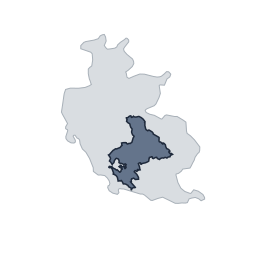 location of Bern within Switzerland, rotated 246°
{"feature_id": "CHE-3424", "entity_name": "Bern", "entity_type": "Canton", "adm_level": 1, "iso_a3": "CHE", "parent_name": "Switzerland", "parent_adm1": "", "projection": "mercator", "projection_center": [7.53, 46.838], "detail": "fine", "context": "in_parent", "style": "filled", "palette": "slate", "viewbox_px": 256, "rotation_deg": 246, "n_neighbors": 0, "source": "natural_earth", "source_scale": "10m", "svg_char_len": 7704}
<svg xmlns="http://www.w3.org/2000/svg" viewBox="0 0 256 256"><g transform="rotate(246 128 128)"><path d="M184.3,83.0L185.6,83.9L188.6,86.7L187.9,91.4L184.4,99.1L182.5,105.3L182.3,110.0L182.7,112.3L183.3,112.2L186.7,112.6L188.4,112.6L193.7,113.8L198.0,115.7L198.9,117.7L199.4,120.1L204.5,123.4L210.4,125.5L212.4,124.8L219.6,117.1L222.5,118.4L224.2,122.5L224.1,124.7L222.1,132.8L221.7,137.2L223.5,140.1L223.6,142.3L223.1,144.4L220.2,144.5L216.3,143.4L213.0,139.9L210.6,140.3L208.4,141.2L207.3,144.6L206.3,148.5L206.6,150.7L208.2,152.4L209.4,156.0L210.2,160.7L210.9,162.8L210.2,163.7L208.1,164.4L206.4,163.7L203.5,158.2L202.1,156.1L199.7,155.7L195.6,157.0L189.2,160.2L186.6,160.2L184.5,159.5L182.4,156.9L180.7,151.8L180.1,148.6L178.9,148.7L174.8,147.7L172.9,149.0L172.9,154.2L172.5,160.7L170.5,164.9L164.8,172.1L162.7,175.3L161.9,177.6L161.7,179.5L162.6,182.9L163.8,186.2L162.8,188.0L159.8,189.0L157.7,187.0L156.9,183.5L152.3,178.7L154.4,174.7L154.0,173.7L146.4,171.6L143.1,168.6L138.6,163.3L137.7,161.0L137.9,153.5L137.6,151.7L137.0,150.8L134.8,150.9L131.7,153.5L128.8,157.3L123.0,161.7L122.4,162.6L124.4,166.9L124.3,168.5L119.5,175.3L118.6,177.5L112.6,181.7L109.8,183.3L101.4,180.2L99.1,179.8L95.4,181.9L90.1,183.9L81.5,185.9L78.4,184.4L76.9,183.1L76.2,181.0L74.0,177.4L71.6,175.3L69.9,173.0L67.7,170.4L66.2,168.3L68.2,161.4L66.8,159.0L66.0,155.6L66.4,153.3L65.6,152.7L57.9,151.4L51.5,151.8L46.9,154.1L43.2,157.9L42.7,158.7L43.0,159.4L44.8,162.9L41.7,166.5L36.8,169.4L33.4,169.7L31.9,169.1L31.8,165.2L34.7,163.7L37.2,161.2L38.1,157.6L38.4,155.0L35.7,151.9L36.0,150.1L37.7,146.5L38.7,143.3L40.0,140.5L45.4,136.0L50.7,131.5L51.5,126.7L51.9,120.8L52.7,119.4L59.9,115.9L61.7,114.5L62.6,112.5L68.3,105.9L74.0,99.3L75.1,97.1L76.0,95.8L76.0,94.8L75.3,93.9L72.6,93.4L71.7,91.3L74.7,87.6L78.3,85.3L81.8,85.2L83.3,86.3L83.2,87.5L84.7,88.9L87.4,89.3L90.7,88.8L94.0,87.4L96.1,84.1L97.2,81.6L102.4,78.7L105.9,80.1L115.8,80.5L122.9,79.7L127.4,77.8L133.0,77.8L136.7,78.9L137.3,78.7L138.4,78.5L139.4,77.4L142.9,76.7L143.4,75.8L143.2,74.9L142.6,74.5L138.3,74.9L136.6,74.2L136.2,72.6L137.6,69.9L140.8,67.6L143.5,67.0L145.4,67.7L150.1,71.9L151.3,72.0L151.9,71.2L152.9,70.8L154.5,71.6L156.4,74.2L156.7,74.6L167.2,73.7L169.6,73.7L176.8,78.3L184.3,83.0Z" fill="#d9dde1" stroke="#a8b0b8" stroke-width="1"/><path d="M138.0,130.7L137.7,131.5L137.6,131.8L137.7,132.4L137.8,132.8L138.0,133.3L138.1,133.5L138.1,133.9L138.2,134.1L138.2,134.4L138.2,134.7L138.1,135.3L138.0,135.5L137.7,135.6L137.3,135.6L136.6,135.4L136.3,135.5L136.1,135.7L136.1,136.4L136.3,137.0L136.5,137.8L136.0,137.8L135.2,138.9L134.9,139.4L134.7,139.9L134.5,140.9L134.3,142.2L134.1,142.6L133.9,142.9L133.4,143.3L132.7,143.8L132.3,144.2L130.3,145.3L129.3,145.6L127.1,146.1L126.8,146.1L126.6,146.0L126.4,145.9L126.4,145.7L126.3,145.4L125.2,145.3L124.2,144.8L123.8,144.5L120.1,143.8L119.0,143.9L117.6,144.8L117.4,145.0L117.7,145.6L117.7,145.8L117.7,146.0L117.6,146.3L117.4,146.5L116.3,147.3L114.7,148.4L113.8,148.7L113.4,148.8L112.7,148.8L112.2,148.6L107.0,152.4L106.5,152.5L103.7,151.1L102.8,151.0L102.6,151.1L102.4,151.2L102.3,151.6L102.2,151.8L101.8,152.1L101.6,152.3L100.2,152.7L99.2,153.3L99.5,153.7L100.0,154.0L99.4,154.6L97.9,155.2L97.5,155.3L97.2,155.3L95.8,154.9L94.0,154.9L93.3,155.0L93.2,155.2L92.7,155.7L91.8,156.4L90.1,156.9L89.9,156.8L89.6,156.7L89.6,156.0L89.6,155.6L89.2,155.5L87.8,155.9L87.7,156.0L87.6,156.5L87.3,157.1L85.8,158.0L85.7,156.7L85.8,156.5L86.0,156.1L86.0,155.9L85.9,155.8L85.6,155.6L85.0,155.0L84.6,154.6L85.1,153.1L85.1,152.8L85.0,152.3L84.9,151.9L84.7,151.4L84.8,151.2L85.5,150.7L85.9,150.2L86.1,149.8L86.1,149.4L86.0,148.6L86.0,148.3L86.2,148.1L86.4,147.8L86.7,147.2L86.8,146.7L86.9,146.2L86.9,145.8L86.9,145.3L86.9,145.1L86.8,144.9L86.6,144.5L86.4,144.0L88.1,142.4L89.3,142.3L89.5,142.3L89.7,142.0L89.8,141.5L89.9,140.6L89.7,138.8L90.2,138.2L90.4,138.1L91.0,138.2L91.4,138.4L91.7,138.4L92.1,138.0L92.2,137.8L92.1,137.5L92.3,136.0L92.4,135.6L91.9,135.2L91.7,134.9L91.4,134.9L91.2,134.8L91.1,134.7L90.9,134.4L90.5,134.1L90.3,134.0L89.6,133.7L89.4,133.6L89.3,133.4L89.2,132.9L89.1,132.0L89.1,130.3L89.2,129.3L89.7,127.3L89.7,126.3L89.6,125.7L89.5,125.4L89.5,125.2L89.8,125.0L90.1,125.0L90.2,125.3L90.4,125.4L90.6,125.4L90.9,125.3L91.3,124.9L91.5,124.4L91.3,123.0L87.8,122.7L85.6,122.1L85.2,122.1L84.8,122.1L84.8,121.9L85.1,121.3L85.2,120.9L85.3,120.6L85.2,119.9L85.1,119.5L85.1,119.3L85.0,119.0L84.8,118.6L84.7,118.4L84.8,118.3L85.4,118.1L85.6,117.9L86.1,117.3L86.2,117.1L85.9,116.7L85.8,116.3L85.8,116.2L85.7,116.0L85.3,115.9L82.1,117.2L78.7,117.5L76.9,116.8L77.3,115.7L77.5,115.2L77.8,114.2L77.9,113.9L78.0,113.7L79.0,113.3L79.5,113.0L79.9,112.7L80.0,112.4L80.0,112.0L79.9,111.5L79.8,111.1L80.0,110.8L80.1,110.7L79.9,110.4L79.6,110.1L78.3,109.4L77.7,109.3L77.7,108.4L70.9,110.5L70.7,110.5L70.7,110.1L70.8,109.7L71.0,109.5L71.1,109.3L71.3,108.5L71.3,108.1L71.3,107.8L71.2,107.5L70.9,106.9L70.5,106.3L69.6,105.8L70.7,105.9L71.1,106.2L71.3,106.4L71.5,106.5L71.8,106.4L72.3,106.1L73.8,104.9L74.3,104.6L75.3,104.7L75.7,104.6L76.2,104.1L76.6,103.8L77.3,103.4L77.7,103.0L78.0,102.6L78.2,102.2L78.6,101.7L78.7,101.4L78.7,101.1L78.9,100.9L79.2,100.9L80.5,101.0L82.6,100.6L82.9,100.4L82.8,100.1L82.7,99.6L82.7,99.4L82.8,99.1L83.2,98.8L83.4,98.6L83.5,98.4L83.4,98.1L83.5,97.4L87.1,98.2L87.9,98.1L88.6,98.0L89.7,97.6L90.2,97.3L90.5,97.0L90.7,96.8L90.9,96.7L91.2,96.5L91.5,96.3L91.6,96.1L91.7,95.8L91.8,95.7L92.0,95.7L92.2,96.3L92.6,96.5L97.3,96.8L99.9,96.1L99.5,97.1L99.3,97.4L98.9,97.7L97.5,98.1L97.2,98.3L96.8,98.6L96.3,99.1L95.9,99.5L95.0,99.9L94.1,100.6L94.2,101.1L91.0,102.5L90.9,102.8L91.1,103.3L91.2,103.6L91.3,103.9L91.5,104.1L92.2,104.4L92.4,104.6L92.5,104.8L92.8,105.5L92.7,105.9L92.8,106.0L93.1,106.1L93.6,106.0L93.9,105.8L94.2,105.4L94.6,105.0L94.9,104.8L95.2,104.7L95.5,104.4L95.8,104.3L96.4,104.1L96.5,105.0L96.6,105.3L96.9,105.6L97.1,105.8L96.9,106.1L96.5,106.5L96.2,106.5L95.9,106.5L95.7,106.3L95.1,106.7L94.8,107.1L94.7,107.4L94.8,108.1L94.8,108.4L94.5,108.5L93.7,108.8L93.1,108.7L92.8,108.7L92.3,108.6L92.2,108.6L92.1,108.9L92.1,109.1L92.4,109.6L92.7,110.1L92.9,110.3L93.1,110.4L94.3,110.0L94.6,110.0L94.8,110.6L95.1,111.4L95.9,111.2L96.2,111.0L96.4,110.8L96.4,110.4L96.3,110.1L96.1,109.6L96.1,109.3L96.3,109.1L97.4,108.6L98.0,108.0L99.1,106.4L99.7,105.8L100.2,105.7L101.4,106.5L103.3,106.6L103.6,106.5L104.1,106.1L104.3,105.7L104.7,105.5L104.9,105.3L105.0,105.1L105.0,104.9L105.0,104.6L104.7,104.0L104.1,102.9L103.4,101.9L102.7,101.6L101.9,100.6L101.8,100.1L101.6,99.4L101.0,98.7L103.9,98.3L105.4,97.6L106.9,99.4L107.4,99.7L108.6,99.8L109.4,99.4L109.8,99.6L111.3,99.2L111.4,100.5L112.0,101.6L113.1,104.1L113.3,104.5L113.5,105.0L113.7,105.5L113.7,106.2L114.1,108.1L113.7,108.7L113.6,109.1L113.5,109.8L113.5,111.0L113.4,112.3L113.4,112.7L113.5,113.1L113.8,113.6L114.1,114.2L114.3,114.4L114.5,115.5L115.6,115.6L115.9,115.8L116.9,116.0L116.6,117.5L116.3,118.3L116.1,118.7L116.0,118.8L115.9,119.2L115.9,119.4L115.8,119.6L115.6,119.7L115.4,120.1L115.3,120.3L115.1,120.5L114.9,120.5L114.5,120.4L114.4,120.5L114.1,120.7L113.7,120.8L113.5,121.2L113.5,121.6L113.6,122.3L113.5,122.8L113.4,123.1L113.0,123.5L112.9,123.8L113.3,125.1L113.3,125.6L114.0,126.3L116.8,128.6L117.3,129.4L117.9,130.1L118.2,130.1L118.5,130.1L119.2,129.7L119.9,129.4L122.1,129.5L123.0,129.7L124.8,131.0L125.4,131.2L125.7,131.3L125.9,131.3L126.9,130.9L127.4,130.8L129.7,131.0L130.5,131.3L130.9,131.3L131.4,131.1L132.8,130.1L134.7,129.4L136.1,130.6L136.4,130.5L137.0,130.4L138.0,130.7ZM85.9,120.4L86.1,120.3L86.2,120.1L86.2,119.9L85.6,120.1L85.7,120.4L85.8,120.3L85.9,120.4ZM99.8,94.5L100.1,94.6L100.3,94.9L100.4,95.1L100.5,95.4L100.4,95.7L100.3,95.9L100.0,96.0L99.2,95.8L99.0,95.7L99.1,95.1L99.8,94.5Z" fill="#64748b" stroke="#1e293b" stroke-width="1.5"/></g></svg>